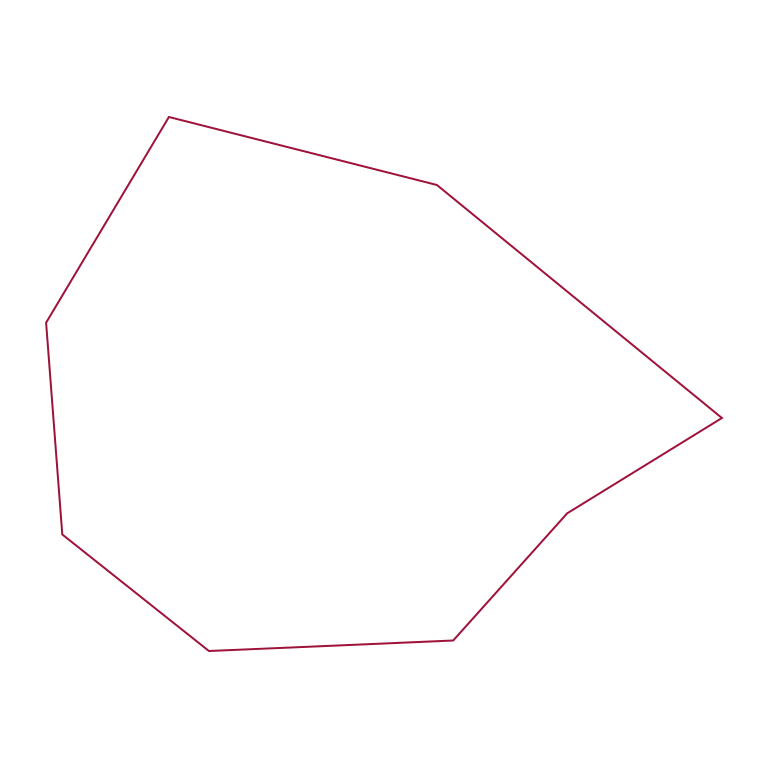 an SVG outline of Şuşa
{"feature_id": "AZE-5565", "entity_name": "Şuşa", "entity_type": "Municipality", "adm_level": 1, "iso_a3": "AZE", "parent_name": "Azerbaijan", "parent_adm1": "", "projection": "albers", "projection_center": [46.75, 39.758], "detail": "fine", "context": "isolated", "style": "outline", "palette": "rose", "viewbox_px": 768, "rotation_deg": 0, "n_neighbors": 0, "source": "natural_earth", "source_scale": "10m", "svg_char_len": 233}
<svg xmlns="http://www.w3.org/2000/svg" viewBox="0 0 768 768"><path d="M168.9,117.0L436.9,185.0L721.9,418.0L567.2,513.3L453.2,640.5L208.9,651.0L62.3,534.5L46.1,322.7L168.9,117.0Z" fill="none" stroke="#9f1239" stroke-width="2"/></svg>